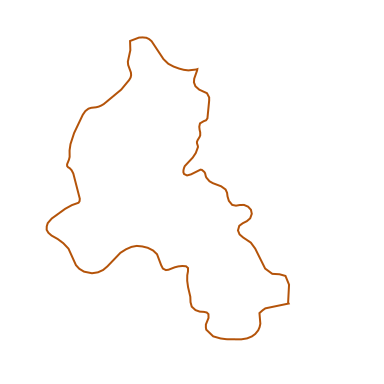 an SVG outline of Lạng Sơn, rotated 22°
{"feature_id": "VNM-454", "entity_name": "Lạng Sơn", "entity_type": "Province", "adm_level": 1, "iso_a3": "VNM", "parent_name": "Vietnam", "parent_adm1": "", "projection": "orthographic", "projection_center": [106.647, 21.903], "detail": "fine", "context": "isolated", "style": "outline", "palette": "amber", "viewbox_px": 384, "rotation_deg": 22, "n_neighbors": 0, "source": "natural_earth", "source_scale": "10m", "svg_char_len": 2216}
<svg xmlns="http://www.w3.org/2000/svg" viewBox="0 0 384 384"><g transform="rotate(22 192 192)"><path d="M150.9,76.1L151.2,77.5L151.6,86.1L152.7,89.6L155.6,92.7L160.4,94.4L168.9,94.8L172.5,97.9L173.7,100.9L178.7,117.9L178.2,120.2L176.3,122.0L173.7,125.4L174.3,128.8L175.7,131.4L177.3,133.7L178.4,136.4L178.4,138.1L177.8,141.8L177.8,143.7L178.4,145.0L180.3,147.3L180.7,148.2L180.9,154.4L179.8,159.8L175.6,170.7L175.6,172.7L175.9,174.9L176.6,176.9L177.9,178.3L181.2,178.5L184.5,176.0L191.5,168.1L192.9,167.8L195.9,168.8L197.1,169.7L198.8,172.1L199.8,173.2L204.2,175.5L208.0,176.0L216.9,175.8L222.2,177.1L224.8,179.6L226.6,182.8L229.5,186.4L234.1,188.9L237.9,188.2L241.3,186.1L245.1,184.5L249.5,184.6L253.3,186.4L255.6,189.8L255.8,194.6L253.8,198.5L250.8,201.9L248.5,205.6L249.0,210.4L252.0,213.5L256.4,215.0L265.5,216.9L271.8,220.8L288.5,235.6L297.1,237.8L303.9,235.5L310.1,234.8L316.7,241.6L322.5,258.4L323.4,259.2L303.6,272.4L301.8,275.2L299.9,279.0L304.7,288.5L305.3,292.0L305.2,295.5L303.8,300.0L301.6,303.5L297.9,307.1L292.8,310.2L279.1,315.6L273.3,317.1L265.7,317.9L256.8,314.3L255.6,312.4L254.5,309.6L254.5,302.6L253.0,299.1L250.8,298.2L247.9,298.7L244.0,300.0L239.5,300.2L234.7,298.4L231.9,294.7L229.7,289.8L224.0,281.7L220.8,276.1L218.8,271.0L218.0,267.1L216.8,264.0L214.3,263.1L210.8,264.2L207.2,266.1L204.2,268.3L199.3,272.9L197.0,274.2L193.7,273.9L190.8,271.4L182.9,262.8L177.8,260.8L171.9,260.3L166.3,261.1L160.9,262.7L156.4,265.6L152.3,269.8L148.4,275.2L141.4,292.7L138.8,297.6L134.9,301.7L129.7,304.8L121.7,306.3L116.2,305.4L111.8,303.3L98.7,290.8L91.9,287.7L85.1,285.9L78.1,285.0L74.1,283.6L71.4,281.5L70.2,278.3L69.9,274.9L71.9,269.1L80.7,255.1L85.6,249.1L90.8,244.5L91.2,242.7L90.5,240.3L75.0,219.3L72.2,216.9L69.6,215.7L67.9,215.5L66.5,214.7L65.8,213.1L65.8,208.1L65.4,205.3L62.9,199.3L61.4,193.1L60.6,181.5L61.8,161.3L62.8,156.9L64.8,153.5L67.0,151.7L71.3,149.4L73.5,147.8L75.4,145.9L77.2,143.6L88.0,123.6L91.8,111.6L92.2,108.8L91.8,106.5L90.6,104.1L85.2,98.1L83.7,95.2L81.7,83.6L78.0,75.2L85.0,68.7L88.2,67.2L91.9,66.1L94.9,66.3L98.0,67.3L115.8,79.5L122.0,82.0L128.0,82.6L133.8,82.4L138.6,81.8L143.1,80.6L150.1,76.8L150.9,76.1L150.9,76.1Z" fill="none" stroke="#b45309" stroke-width="2"/></g></svg>